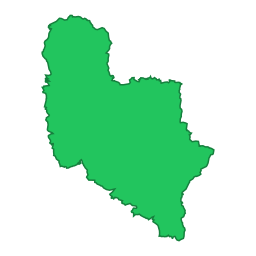 the district of Spermezeu, Bistrita-Nasaud, Romania
{"feature_id": "2599482B64960666730870", "entity_name": "Spermezeu", "entity_type": "district", "adm_level": 2, "iso_a3": "ROU", "parent_name": "Romania", "parent_adm1": "Bistrita-Nasaud", "projection": "equal_earth", "projection_center": [24.161, 47.303], "detail": "fine", "context": "isolated", "style": "filled", "palette": "green", "viewbox_px": 256, "rotation_deg": 0, "n_neighbors": 0, "source": "geoboundaries", "source_scale": "gbopen_adm2", "svg_char_len": 5716}
<svg xmlns="http://www.w3.org/2000/svg" viewBox="0 0 256 256"><path d="M210.8,154.7L212.7,154.4L213.2,153.7L213.8,150.5L213.6,150.2L213.7,149.6L212.6,149.3L211.9,148.6L209.8,147.9L209.3,148.1L208.7,147.3L207.9,146.9L205.3,146.9L203.0,145.8L200.4,145.9L200.2,146.3L199.2,146.1L199.3,145.1L198.9,144.4L198.6,142.1L198.3,141.4L195.8,141.1L192.1,141.7L189.7,139.4L189.8,137.8L190.1,137.1L189.4,134.7L190.0,134.8L190.1,134.5L190.5,134.4L191.4,133.1L190.3,132.9L188.9,131.7L188.7,131.1L188.0,130.9L187.1,130.0L186.7,130.3L186.3,129.3L187.1,123.7L185.6,123.0L183.1,122.3L180.4,122.7L180.1,121.9L180.3,118.8L181.3,116.5L181.2,115.2L181.5,112.9L182.0,111.7L181.8,110.1L181.4,109.2L180.3,108.3L180.1,107.4L180.0,105.8L181.0,100.4L180.7,98.6L180.0,98.4L179.8,97.9L179.8,96.6L180.6,94.1L179.2,92.4L179.2,90.4L179.8,89.3L179.6,88.4L180.6,84.7L181.8,84.0L181.7,83.7L180.1,83.5L180.0,82.6L178.4,82.3L175.7,82.5L174.7,82.1L174.7,81.0L171.6,80.7L169.8,79.9L169.3,80.1L169.8,81.5L168.6,82.7L167.4,82.0L164.9,82.2L161.2,83.2L160.6,80.5L159.4,80.8L159.1,79.2L157.8,79.8L156.6,79.8L156.3,78.9L154.5,77.6L153.7,78.5L153.2,78.3L152.4,78.9L152.0,78.8L151.0,78.0L150.5,76.5L149.9,77.6L147.5,78.3L147.8,79.2L147.2,79.2L146.0,78.7L145.8,79.3L143.2,78.0L140.8,77.8L140.6,78.6L139.9,78.7L139.9,79.5L138.8,79.7L139.5,80.8L139.1,81.7L137.2,81.4L133.9,79.4L134.1,77.6L132.0,77.7L131.5,78.6L129.5,80.0L130.3,82.5L129.1,83.8L123.2,84.8L120.1,84.7L119.6,83.3L118.3,82.3L114.8,81.1L114.5,80.7L113.5,80.9L111.9,80.5L112.4,79.7L112.5,78.4L113.1,78.3L113.0,77.8L113.9,77.6L113.6,76.7L113.2,75.8L112.0,75.5L111.1,76.3L109.5,74.6L109.5,73.6L108.8,71.7L108.0,70.3L108.8,68.1L107.0,63.9L107.2,62.5L107.9,61.9L108.2,60.9L108.1,58.9L108.4,56.8L108.8,55.7L108.7,54.1L106.1,53.0L108.6,50.3L109.6,48.6L109.5,47.1L109.7,46.0L110.4,44.6L111.7,43.2L111.1,42.6L110.6,41.2L109.5,40.6L109.2,39.9L108.6,37.2L108.2,33.1L105.9,31.1L104.2,28.5L102.1,27.7L97.6,29.6L95.5,29.3L94.1,27.9L92.9,27.2L92.5,25.2L91.3,24.1L91.0,23.2L90.2,22.7L89.9,21.2L89.5,20.6L87.9,20.6L87.5,20.0L86.9,20.1L86.5,19.8L86.3,19.1L84.7,18.3L83.5,19.0L82.7,18.8L81.8,18.3L80.6,17.1L78.4,16.5L75.0,17.0L73.7,16.7L72.5,16.9L72.4,15.9L72.0,15.4L70.2,15.4L69.2,16.9L68.8,16.9L68.3,17.5L67.3,19.6L64.7,20.1L61.4,18.5L59.4,18.3L56.4,21.4L49.9,24.5L50.4,25.5L48.8,25.6L48.6,26.2L49.0,26.7L49.0,27.1L48.5,27.2L48.5,27.5L49.0,27.7L49.5,29.0L50.5,28.5L51.4,28.8L49.0,33.3L48.6,37.0L48.1,38.2L47.1,39.5L45.2,40.9L44.6,42.0L44.4,42.8L45.2,45.9L44.1,49.2L43.5,50.0L43.3,51.6L42.2,52.1L42.2,53.8L43.0,56.2L45.3,58.8L46.4,59.5L46.5,60.5L46.6,61.0L47.3,61.7L47.8,62.8L49.1,69.2L50.6,71.7L51.1,74.1L50.4,74.9L48.3,75.5L45.6,75.1L46.9,77.6L45.8,77.4L47.6,78.5L44.9,78.6L47.9,80.1L49.2,81.1L47.8,81.2L45.6,80.5L45.4,81.1L45.8,81.3L45.7,82.0L46.9,82.2L47.8,82.8L49.2,85.5L43.8,86.2L43.8,87.1L42.3,87.3L44.0,90.4L42.8,91.9L43.1,92.6L43.9,92.7L45.7,93.4L46.4,95.5L46.4,97.5L46.6,98.2L46.1,98.9L46.2,100.2L44.5,106.9L46.3,107.4L46.5,107.7L45.3,108.8L45.4,109.2L45.8,109.2L46.6,109.8L46.8,110.5L46.6,111.6L47.5,113.2L49.3,115.1L48.7,116.2L46.4,117.8L46.2,119.2L45.8,119.9L46.6,121.0L47.5,121.5L48.0,123.7L48.1,124.9L47.4,129.5L47.5,130.1L48.5,131.2L52.3,132.8L53.1,133.6L50.9,133.9L49.7,134.9L48.6,135.4L48.3,136.0L48.6,137.6L50.1,139.7L50.5,140.6L50.5,141.9L49.8,142.8L50.1,143.4L50.7,143.5L51.6,144.6L52.0,143.7L53.2,143.6L53.3,144.1L52.2,148.2L53.7,149.1L53.6,151.8L53.9,154.6L53.7,155.4L55.3,156.2L56.4,159.0L59.1,161.1L59.0,162.5L59.8,164.2L60.3,166.5L61.7,166.1L64.4,167.1L64.7,166.6L65.0,166.6L66.3,167.0L66.6,168.1L68.3,168.0L71.0,166.6L72.1,166.5L72.7,166.1L74.6,165.7L77.0,164.6L77.7,163.4L79.0,162.3L79.0,162.7L78.0,163.9L79.0,164.2L80.7,163.3L80.0,160.6L81.4,159.7L82.2,161.4L82.5,163.1L83.5,164.6L83.7,165.5L84.5,166.4L85.2,167.8L87.3,170.0L87.0,172.0L88.0,174.9L86.7,176.8L86.6,177.3L88.8,180.1L94.7,180.2L94.8,182.4L96.2,182.8L97.1,184.0L100.0,185.2L100.7,185.8L102.3,186.2L103.6,187.9L106.4,189.5L109.6,190.2L114.7,189.0L112.6,191.9L109.8,194.2L110.5,195.4L112.1,196.4L111.3,197.6L111.4,198.2L112.7,198.0L113.7,198.9L114.5,197.5L115.4,197.8L115.8,197.4L117.8,198.1L118.4,198.6L118.7,199.6L122.5,200.7L121.7,202.0L122.3,202.7L122.1,203.3L124.4,204.1L125.2,205.1L126.5,204.5L130.2,203.5L132.3,205.5L135.9,206.0L136.5,206.6L136.8,207.5L136.3,208.3L133.7,208.1L133.3,208.4L132.4,210.3L131.4,211.2L131.5,211.9L131.9,212.4L133.2,212.6L133.5,213.1L133.7,213.6L133.6,216.1L135.5,214.5L138.2,214.6L139.2,214.1L140.8,215.2L140.7,215.4L144.4,217.4L144.8,217.3L146.2,218.4L147.0,218.2L147.8,218.5L148.5,219.7L150.7,218.4L151.7,217.4L153.6,216.6L152.4,219.3L154.0,220.0L153.0,221.1L153.0,221.7L155.6,223.4L157.8,225.2L158.2,226.1L159.5,230.8L159.6,234.0L159.2,236.2L160.7,236.0L160.9,236.4L161.8,236.6L163.2,236.4L164.5,236.7L166.9,236.5L167.1,236.0L167.9,235.9L167.9,235.6L168.4,235.2L169.7,236.7L170.9,236.3L172.0,237.3L172.2,238.2L172.4,238.3L172.7,238.2L173.0,237.2L173.9,236.6L174.9,236.4L175.4,236.9L175.5,237.7L176.9,239.9L178.7,240.6L179.3,240.6L180.4,239.7L183.4,238.4L184.0,236.2L184.2,232.0L185.1,230.0L184.7,229.2L184.7,228.2L183.3,226.8L183.3,226.3L182.4,224.1L182.6,223.0L181.8,221.9L181.2,219.8L181.2,218.6L181.4,218.0L183.6,216.7L184.1,215.5L184.4,214.2L185.3,213.2L184.9,212.1L185.1,210.4L183.6,207.7L183.2,206.2L181.8,205.5L181.5,203.4L182.5,203.0L182.3,202.3L180.9,201.6L181.0,198.1L181.6,197.8L181.6,197.2L182.0,196.8L182.0,194.9L183.1,194.5L183.0,193.9L182.0,193.4L182.2,192.3L186.0,189.1L188.8,183.3L189.5,182.3L189.5,181.5L189.8,180.8L192.8,178.9L194.2,176.9L195.6,176.3L196.6,176.4L199.1,175.4L200.8,174.2L200.6,173.4L200.0,172.5L201.1,170.6L200.8,169.7L200.9,169.1L206.2,166.5L206.9,165.6L208.0,163.1L208.8,159.1L208.8,158.5L210.8,154.7Z" fill="#22c55e" stroke="#15803d" stroke-width="1.5"/></svg>